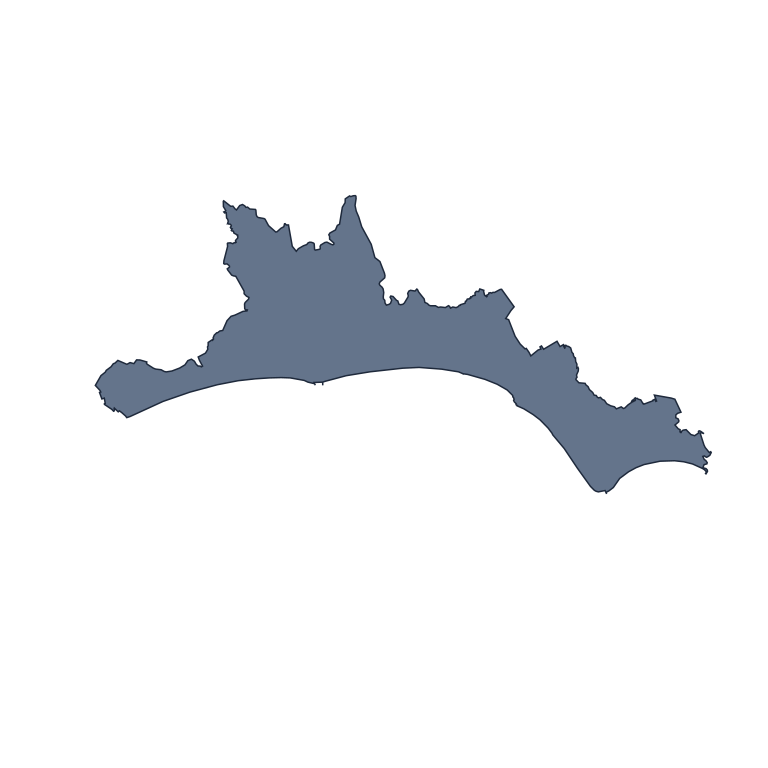 the district of Alvarado, Veracruz, Mexico, rotated 150°
{"feature_id": "50627088B94546809143043", "entity_name": "Alvarado", "entity_type": "district", "adm_level": 2, "iso_a3": "MEX", "parent_name": "Mexico", "parent_adm1": "Veracruz", "projection": "mercator", "projection_center": [-95.869, 18.829], "detail": "fine", "context": "isolated", "style": "filled", "palette": "slate", "viewbox_px": 768, "rotation_deg": 150, "n_neighbors": 0, "source": "geoboundaries", "source_scale": "gbopen_adm2", "svg_char_len": 6171}
<svg xmlns="http://www.w3.org/2000/svg" viewBox="0 0 768 768"><g transform="rotate(150 384 384)"><path d="M431.2,622.8L431.8,622.6L434.4,617.9L434.3,613.3L435.0,612.9L436.7,613.1L436.5,611.8L435.0,611.2L437.3,606.5L437.0,605.0L437.5,602.8L439.0,601.4L438.6,601.4L438.9,600.5L437.4,599.4L437.0,598.2L437.1,597.3L438.7,596.5L438.7,595.4L437.9,594.3L439.4,593.5L439.2,592.6L438.0,591.6L438.5,589.7L436.3,586.1L436.9,585.8L436.7,585.1L437.6,583.6L440.7,582.6L441.1,582.2L441.2,580.7L441.9,580.6L443.1,581.3L444.7,581.1L446.5,583.1L448.9,584.2L449.4,584.0L450.7,581.3L461.0,570.8L462.6,568.4L462.1,567.5L459.9,566.5L459.0,564.3L458.9,563.3L459.4,562.5L462.2,562.1L462.3,560.6L461.5,554.5L460.3,552.9L458.5,551.4L458.7,534.4L460.0,532.1L459.2,528.9L457.7,526.5L458.9,525.2L463.5,524.0L464.8,523.0L467.0,518.8L466.8,517.6L465.3,516.5L466.1,515.8L469.8,517.4L478.7,518.2L482.6,519.1L488.3,517.3L496.9,511.0L499.7,512.0L502.4,511.6L503.3,512.0L506.6,511.2L509.0,509.3L509.1,508.2L510.6,507.6L510.7,508.2L515.5,507.9L517.2,505.0L518.3,504.4L519.2,502.2L523.2,500.0L531.4,500.3L532.0,496.8L532.2,490.2L533.0,490.1L533.7,490.2L534.1,491.3L536.1,492.6L536.8,495.2L536.8,498.5L538.4,501.8L542.2,502.3L546.8,500.1L553.0,500.0L561.2,501.3L566.6,503.4L568.1,504.8L569.9,507.8L574.3,511.1L575.8,513.0L579.2,519.5L579.3,520.7L578.4,521.7L583.3,526.8L586.2,528.6L590.4,526.7L593.2,529.5L596.8,529.6L602.7,537.5L606.5,536.6L608.3,536.9L611.7,535.4L617.7,534.7L619.5,533.6L624.9,532.8L634.7,527.1L633.2,520.6L633.3,518.7L634.6,518.9L635.8,512.1L633.3,511.6L635.1,506.6L635.9,506.8L636.3,506.1L632.4,498.1L631.8,495.6L631.4,495.5L629.6,497.0L630.1,497.5L629.6,498.0L628.1,492.8L626.6,493.1L625.4,490.3L623.8,485.5L623.6,483.5L620.2,482.8L584.1,479.4L556.1,474.0L528.7,466.7L508.7,459.8L493.0,452.9L480.2,446.6L469.9,441.0L462.2,436.2L451.3,427.0L449.0,423.7L444.0,419.0L444.1,417.3L443.8,420.3L436.2,416.3L437.7,413.5L436.1,416.3L433.4,415.7L412.6,410.1L389.9,401.5L359.8,388.3L345.3,380.8L326.6,368.0L313.4,357.3L310.6,353.6L311.1,353.1L310.5,353.5L310.2,353.2L310.8,352.6L310.1,353.1L306.7,350.4L294.2,337.5L286.1,327.2L280.3,317.2L278.3,309.8L278.9,308.3L278.6,307.6L279.0,305.6L279.9,305.1L280.1,303.5L279.4,300.8L279.8,300.6L279.9,299.5L279.3,298.8L279.6,298.5L275.3,292.6L270.1,282.9L266.8,275.0L263.9,263.7L263.1,257.2L263.3,255.7L260.2,238.1L258.6,214.3L256.4,192.1L255.0,186.8L254.0,185.1L252.3,183.4L245.8,181.2L246.2,177.5L245.8,179.1L242.4,179.0L237.1,179.7L227.1,184.4L216.0,185.7L207.5,185.5L199.0,184.2L183.5,179.1L170.8,172.3L163.2,166.7L156.8,160.5L150.4,151.6L149.3,149.5L148.7,146.6L150.3,145.7L150.1,145.2L147.6,146.5L147.0,147.8L147.4,149.7L149.7,152.1L147.1,154.1L144.3,153.4L143.4,154.3L143.6,157.0L144.4,158.4L144.1,161.9L142.5,161.5L141.5,159.4L140.4,159.1L137.5,159.3L134.9,161.0L134.9,162.0L135.5,162.0L135.9,161.1L136.6,162.2L137.6,168.4L137.4,171.2L134.8,183.2L133.5,183.2L131.7,181.0L133.5,184.9L134.5,185.9L135.4,185.7L136.0,184.3L140.8,183.9L143.5,186.8L145.2,193.4L148.1,194.5L150.1,194.2L150.9,193.4L151.5,193.8L151.5,194.7L150.4,196.4L151.6,198.1L152.5,203.0L147.7,203.9L147.0,204.7L146.7,206.7L148.2,208.9L146.7,211.3L144.4,211.8L140.9,211.1L139.7,225.4L142.3,228.2L155.4,239.2L156.5,232.9L157.3,233.0L157.0,235.4L159.3,235.5L159.5,235.0L169.0,236.6L169.0,237.2L169.5,237.4L169.6,241.9L171.4,243.7L171.9,245.0L173.3,245.6L173.3,246.3L174.3,246.3L174.3,244.4L174.7,244.1L175.8,244.2L175.9,245.7L176.6,245.7L176.5,244.5L176.9,244.2L177.7,244.3L177.7,245.4L178.3,245.2L178.7,244.3L183.1,243.9L187.5,242.8L188.9,243.1L190.0,245.6L195.2,246.3L195.8,249.0L198.6,251.8L201.0,255.6L201.3,259.7L202.6,261.4L203.2,264.2L205.3,264.8L205.9,266.2L205.9,267.9L207.6,269.3L207.5,272.3L208.9,276.5L208.6,279.7L209.6,282.4L209.5,284.0L214.6,287.6L215.6,291.9L214.8,292.8L213.5,293.3L212.8,295.5L209.3,298.1L208.0,300.0L207.7,301.4L209.1,301.4L207.0,304.7L206.8,307.5L205.2,310.9L205.8,311.4L205.7,313.9L205.0,315.5L205.4,317.5L204.3,321.9L205.3,324.1L206.8,325.6L207.1,326.6L208.0,326.9L209.1,324.8L209.6,324.8L209.5,327.3L208.9,327.3L208.9,328.4L212.8,328.4L212.8,334.5L228.4,334.3L228.6,338.2L230.3,338.2L230.7,335.8L233.6,336.4L242.8,334.9L242.6,338.9L243.0,343.7L244.3,343.9L246.1,350.5L246.6,359.7L243.9,377.4L245.9,379.8L237.4,384.1L232.7,385.8L234.8,407.2L236.1,407.8L242.5,408.0L243.8,408.9L245.4,408.9L246.0,409.8L247.6,410.4L248.7,409.4L251.0,409.5L250.9,408.4L251.4,408.2L252.4,410.2L252.4,411.0L251.4,414.4L250.7,415.2L253.5,418.4L255.8,416.7L257.8,418.1L259.7,417.4L260.7,415.2L262.6,416.0L264.3,415.6L265.3,416.1L265.9,415.1L266.7,415.5L267.2,415.0L269.4,415.9L271.3,414.7L272.1,414.9L273.5,413.4L277.9,414.4L278.6,414.0L279.3,414.5L281.3,413.9L283.4,414.1L285.9,416.3L288.5,416.5L288.4,418.5L289.0,419.6L292.6,419.5L296.5,422.4L298.7,423.2L300.3,426.0L304.6,428.5L305.6,429.7L306.2,432.0L307.8,434.2L306.7,437.6L308.0,446.2L307.8,449.1L308.1,449.8L310.7,449.0L314.2,451.9L316.1,452.0L318.2,450.6L318.9,448.2L319.8,447.3L326.0,443.9L327.8,443.6L330.1,444.4L331.2,445.7L330.5,449.0L331.3,450.1L332.4,455.2L334.1,456.8L335.3,456.2L335.4,452.8L337.9,450.7L339.5,450.4L342.5,451.1L342.6,453.7L341.5,456.1L341.9,458.0L341.1,459.8L338.5,463.3L337.2,466.8L337.3,468.9L338.2,471.6L338.1,473.1L336.6,474.3L330.3,475.6L329.0,477.3L328.2,479.8L326.3,492.1L328.7,498.0L325.2,511.4L324.7,531.3L322.4,541.1L321.6,547.6L319.8,553.1L315.5,558.5L314.4,560.7L314.7,561.5L316.5,562.4L319.0,562.9L319.8,564.1L325.0,563.7L327.0,560.5L331.7,557.9L342.6,544.6L345.1,544.7L349.0,541.7L355.4,541.8L357.2,540.8L357.3,539.1L358.7,536.6L356.9,531.1L357.6,530.1L358.7,530.1L359.9,531.4L362.5,535.4L364.4,536.1L369.3,536.0L370.5,535.2L371.3,533.4L372.2,532.8L376.5,534.3L376.9,535.1L374.4,540.2L374.5,541.2L375.9,542.9L377.3,543.9L379.1,544.2L381.2,543.4L384.7,544.0L390.5,544.0L393.6,542.8L394.6,549.1L387.2,569.5L389.1,570.6L389.5,572.3L390.0,572.5L392.1,570.3L395.4,570.4L400.6,569.3L401.8,569.8L404.8,578.9L404.6,586.2L405.2,587.3L409.7,591.1L410.3,592.5L410.0,594.5L408.0,598.7L408.1,599.5L412.7,602.6L413.7,605.4L415.3,606.0L415.5,607.8L416.8,610.2L419.7,610.7L424.7,608.5L425.4,610.0L425.9,613.6L427.9,614.5L431.2,622.8Z" fill="#64748b" stroke="#1e293b" stroke-width="1.5"/></g></svg>